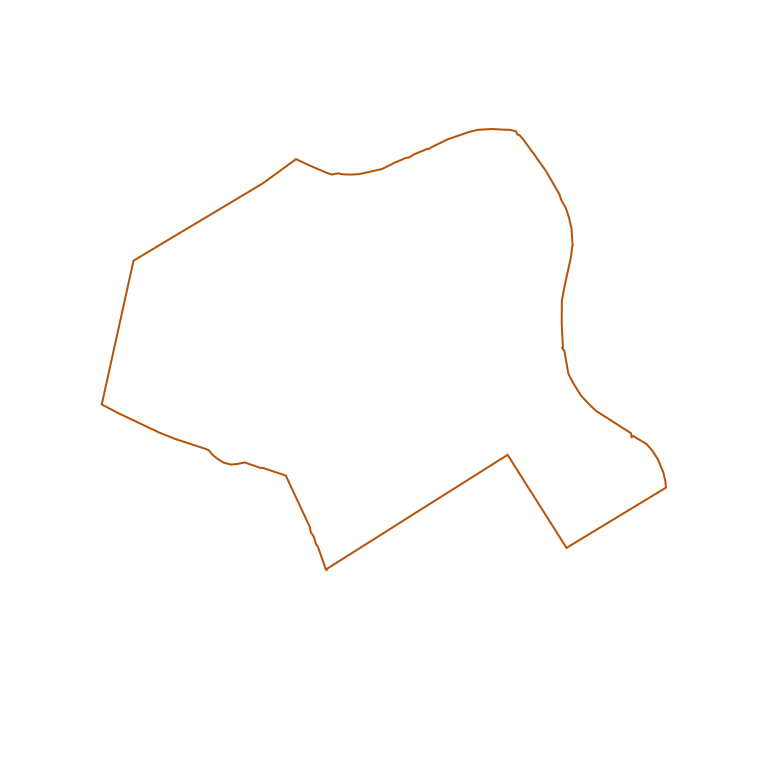 outline of Jarra West, Lower River, Gambia, rotated 58°
{"feature_id": "56634734B83949040016571", "entity_name": "Jarra West", "entity_type": "district", "adm_level": 2, "iso_a3": "GMB", "parent_name": "Gambia", "parent_adm1": "Lower River", "projection": "mercator", "projection_center": [-15.534, 13.437], "detail": "fine", "context": "isolated", "style": "outline", "palette": "amber", "viewbox_px": 768, "rotation_deg": 58, "n_neighbors": 0, "source": "geoboundaries", "source_scale": "gbopen_adm2", "svg_char_len": 1605}
<svg xmlns="http://www.w3.org/2000/svg" viewBox="0 0 768 768"><g transform="rotate(58 384 384)"><path d="M621.3,199.8L615.3,196.8L606.9,194.0L601.7,193.1L593.3,191.7L583.5,191.7L574.2,193.1L560.2,200.2L560.2,202.1L556.5,200.7L519.2,218.4L510.3,220.7L498.2,223.1L483.7,223.1L473.0,222.2L451.1,213.3L449.7,213.8L447.8,213.8L447.8,212.9L426.8,201.2L407.6,189.0L397.3,179.6L376.3,159.0L366.5,150.9L366.5,150.6L365.5,150.1L351.5,142.6L340.8,138.9L331.4,136.6L321.6,136.1L316.0,134.7L289.4,133.8L280.1,134.3L274.0,134.8L268.0,134.8L265.6,135.3L256.8,135.8L250.7,136.3L244.6,137.2L243.2,138.6L239.5,138.2L235.7,142.0L235.3,142.4L232.1,147.1L224.6,157.9L218.1,169.9L215.3,178.4L210.2,200.5L208.4,218.3L208.4,221.1L207.5,223.0L205.2,236.6L205.2,242.3L203.8,246.0L202.9,251.9L202.0,257.3L201.5,262.9L200.6,271.9L200.4,272.5L192.7,294.2L189.0,300.8L187.9,302.5L184.4,307.8L181.1,311.1L178.8,317.2L177.6,318.2L174.1,321.0L159.2,331.4L146.7,339.4L146.7,340.5L146.8,340.8L149.6,380.2L148.1,457.1L147.9,466.9L147.6,481.1L147.4,491.9L146.7,530.3L146.7,531.1L190.0,573.6L251.8,634.2L253.0,633.5L268.1,624.7L306.3,600.2L313.3,595.1L320.3,589.9L344.0,570.1L347.1,567.7L348.1,567.6L352.8,567.0L353.4,566.8L358.5,565.1L365.8,561.6L370.2,557.4L371.5,556.1L374.4,550.0L374.4,549.9L376.4,544.6L376.5,543.9L390.1,532.9L390.6,531.5L409.7,515.8L417.1,516.7L466.1,522.7L470.8,524.6L476.4,524.5L483.4,526.4L487.6,526.4L510.0,531.5L512.1,531.5L510.5,531.1L510.2,461.9L510.0,429.1L509.8,366.4L509.8,365.8L509.6,318.0L509.6,316.7L552.5,316.5L578.3,316.3L619.7,316.1L621.3,199.8Z" fill="none" stroke="#b45309" stroke-width="2"/></g></svg>